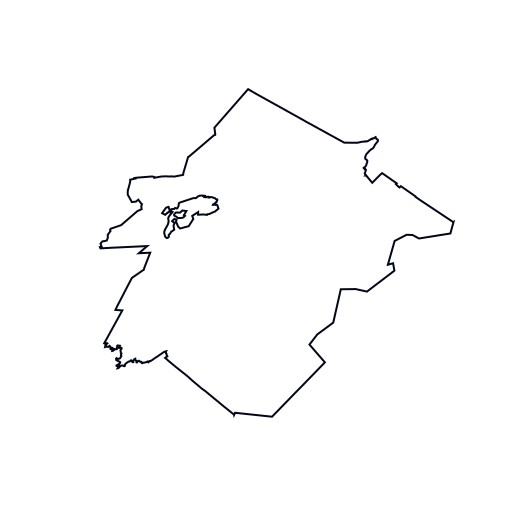 Staiceles pag., Alojas, Latvia, rotated 143°
{"feature_id": "27541924B5115242509873", "entity_name": "Staiceles pag.", "entity_type": "district", "adm_level": 2, "iso_a3": "LVA", "parent_name": "Latvia", "parent_adm1": "Alojas", "projection": "equal_earth", "projection_center": [24.767, 57.89], "detail": "fine", "context": "isolated", "style": "outline", "palette": "ink", "viewbox_px": 512, "rotation_deg": 143, "n_neighbors": 0, "source": "geoboundaries", "source_scale": "gbopen_adm2", "svg_char_len": 6024}
<svg xmlns="http://www.w3.org/2000/svg" viewBox="0 0 512 512"><g transform="rotate(143 256 256)"><path d="M161.9,394.0L212.0,383.5L215.4,377.5L215.7,377.3L216.3,377.7L216.9,377.7L245.1,376.0L250.7,375.7L250.8,375.8L264.1,366.0L265.2,364.8L265.3,364.8L265.4,364.7L265.7,364.7L265.9,364.9L273.5,368.6L275.4,370.3L277.7,371.9L279.8,373.7L283.5,376.3L290.0,379.6L289.5,380.0L290.4,381.3L291.5,382.3L304.4,390.5L305.9,391.3L305.9,390.5L310.6,392.7L311.9,390.9L315.3,388.2L318.3,385.9L318.5,385.9L320.6,383.5L321.6,381.9L321.7,380.6L322.7,373.8L319.2,371.7L316.1,371.8L316.1,366.3L315.9,366.0L317.8,364.7L317.9,364.4L319.2,362.2L323.1,363.1L324.4,363.2L345.2,361.8L355.5,365.2L356.8,364.8L357.2,363.5L361.6,362.2L363.3,359.8L365.8,358.2L367.2,358.7L369.8,360.1L372.7,359.5L373.6,356.5L375.3,357.1L375.6,355.7L365.2,348.7L336.9,329.4L347.9,328.7L338.5,322.3L352.6,313.6L352.8,313.4L353.8,312.6L368.3,313.2L375.9,309.6L393.4,301.2L396.6,299.7L400.7,297.5L395.5,293.0L429.8,277.6L429.2,276.6L427.7,276.3L427.3,276.0L427.3,275.6L428.7,275.7L429.4,275.7L430.1,275.2L429.8,274.8L429.7,274.7L429.9,274.5L430.6,274.3L431.0,274.3L431.3,274.1L430.9,273.9L429.9,273.6L428.7,272.3L428.2,272.2L427.1,272.4L426.9,271.5L427.0,270.7L426.9,269.9L427.0,269.7L427.4,269.5L427.9,269.8L428.1,269.6L428.2,269.4L428.1,269.0L427.8,268.8L427.5,268.8L426.7,269.1L426.1,269.2L425.9,269.0L426.0,268.6L426.7,268.3L426.7,268.1L426.2,267.7L425.5,267.3L425.6,267.1L426.2,266.9L427.5,266.9L427.8,266.9L428.0,266.7L427.4,266.4L426.2,266.3L425.3,266.5L424.7,266.5L423.8,265.7L423.4,265.7L423.2,265.5L422.2,266.7L421.9,266.8L421.3,267.3L420.7,267.9L420.2,267.8L419.7,267.0L419.5,266.9L418.7,266.4L418.6,266.2L420.2,265.4L420.7,265.0L418.9,263.8L418.7,263.5L418.7,263.3L419.3,262.8L420.3,262.6L421.1,262.2L421.6,260.9L422.3,260.0L422.3,259.6L422.1,259.1L423.4,258.3L423.8,257.8L423.7,257.2L425.6,256.3L426.3,256.2L426.9,256.3L427.6,256.5L428.9,258.1L428.9,258.3L429.5,258.2L430.1,257.3L430.2,256.9L429.2,254.8L428.4,253.4L428.4,253.1L428.6,253.1L428.6,252.7L428.9,252.4L429.9,252.2L430.9,252.2L433.2,252.6L433.5,252.3L433.3,251.8L431.4,251.1L430.9,250.7L431.1,250.3L433.9,249.7L434.1,249.6L433.7,249.4L432.9,249.3L431.5,249.6L430.4,249.6L429.2,249.4L428.8,249.2L428.4,248.8L428.2,248.2L427.9,247.7L427.3,247.1L427.0,247.1L426.7,247.2L426.6,247.4L426.5,247.9L426.3,248.1L425.4,248.4L423.7,248.5L421.4,248.4L420.3,247.7L418.9,248.0L418.4,247.7L418.5,245.9L418.4,245.4L417.8,245.1L417.6,245.2L416.8,246.4L415.2,246.8L414.3,246.6L414.8,245.9L414.9,245.3L414.5,244.3L415.0,243.7L415.4,243.2L415.5,243.0L415.3,242.7L412.9,243.0L412.5,242.8L412.1,241.1L411.3,240.6L411.2,240.4L411.6,239.7L411.6,239.0L411.5,238.9L410.2,238.6L408.3,237.5L406.1,237.0L405.9,236.9L405.9,236.7L406.2,236.2L406.1,235.9L405.3,235.9L404.7,236.1L404.2,236.2L403.7,235.9L403.6,235.6L401.9,235.4L397.8,235.3L395.4,235.1L388.0,234.8L385.9,234.4L385.1,234.0L385.3,233.9L386.2,233.0L386.4,232.5L386.3,231.8L386.6,231.4L387.0,230.7L387.1,229.3L389.9,229.3L389.3,226.9L389.2,225.8L387.0,216.5L384.7,207.5L383.2,201.8L381.9,195.1L379.0,182.3L378.0,179.4L372.3,155.5L369.0,142.5L369.1,142.3L367.1,143.4L339.9,118.0L308.4,122.9L293.7,125.1L265.0,129.6L266.6,153.1L254.2,156.5L234.4,156.3L208.3,178.4L196.3,169.6L188.8,160.8L154.3,161.0L150.9,167.7L155.9,169.7L136.2,184.6L122.9,182.3L118.3,178.5L115.3,171.9L87.2,157.0L77.9,164.2L78.0,164.2L91.2,201.7L93.0,207.2L92.7,207.5L98.3,224.6L100.1,224.3L100.6,225.9L101.0,229.3L99.9,229.4L105.4,246.3L108.9,246.0L119.1,244.5L119.5,252.4L119.6,253.6L119.8,253.9L120.1,254.2L119.5,254.2L119.6,256.3L119.5,256.5L116.8,258.2L116.3,258.8L116.4,259.2L116.9,259.7L116.4,260.3L116.5,260.5L117.1,261.1L117.0,261.6L114.8,261.6L113.6,262.0L110.3,264.4L109.8,265.1L109.7,266.5L110.2,267.2L110.2,267.8L109.8,268.7L108.7,269.7L107.4,270.5L106.5,270.9L102.2,271.7L100.3,271.9L98.0,271.6L96.7,271.9L94.3,273.1L92.3,273.7L89.9,274.2L89.1,274.8L88.8,275.3L88.8,276.0L89.3,276.6L89.3,277.6L88.9,279.0L89.5,279.1L89.9,279.1L90.2,279.2L91.0,279.1L91.6,279.4L92.0,279.4L92.2,279.7L92.4,279.8L93.0,279.6L93.2,280.1L93.4,280.1L94.1,280.2L94.7,280.1L95.3,280.3L97.2,280.4L99.2,281.1L99.4,281.7L100.3,282.1L100.6,282.1L102.1,283.2L107.0,285.5L117.3,293.4L135.3,333.4L136.4,336.0L143.3,351.6L157.3,383.1L161.0,391.7L160.9,391.7L161.9,394.0ZM290.6,341.5L289.9,341.5L287.6,342.7L285.8,344.6L284.6,344.5L271.7,340.1L270.9,339.7L270.1,339.2L269.3,338.4L267.1,338.5L265.8,338.4L264.6,338.0L262.9,336.9L261.4,335.6L261.7,335.5L260.7,334.7L261.7,334.1L261.3,333.8L260.9,333.3L260.7,333.3L260.6,333.0L260.1,332.9L259.9,332.9L258.8,332.3L258.1,331.7L257.7,331.2L258.1,331.0L257.9,330.9L257.9,330.7L256.4,330.1L255.8,329.5L254.9,328.1L254.1,327.0L253.9,326.6L253.8,325.5L253.6,325.2L253.0,324.7L252.9,324.4L253.1,324.1L253.4,323.9L253.6,323.7L254.3,323.4L254.5,323.2L255.0,322.9L255.3,323.0L255.7,322.8L255.9,323.0L257.5,322.7L259.2,323.0L259.6,322.8L256.3,320.3L256.4,319.5L257.5,316.4L262.1,316.2L264.1,316.8L267.9,317.6L269.8,318.6L270.2,318.3L270.7,318.7L273.1,320.9L277.4,323.8L275.8,325.9L282.8,326.4L283.8,323.3L291.8,320.3L300.0,323.6L300.5,326.4L299.1,331.7L297.6,332.8L298.9,334.7L302.0,334.3L301.4,331.7L300.7,331.5L303.2,330.2L303.5,329.9L304.6,328.1L305.5,326.2L309.3,326.4L311.2,325.5L312.0,325.5L313.1,325.3L313.3,325.1L313.6,324.3L314.2,323.8L314.5,323.7L315.5,323.6L316.1,323.8L316.5,324.2L316.9,325.9L316.8,326.5L316.3,327.5L315.6,329.4L314.6,330.6L312.7,331.9L308.0,333.9L306.7,334.7L304.9,336.3L303.6,338.7L302.8,339.5L301.4,340.1L296.1,341.4L296.5,342.5L297.9,342.4L297.0,343.9L300.9,343.6L301.0,343.9L303.7,343.5L305.2,346.7L298.8,348.7L296.3,347.9L297.2,345.2L296.4,344.5L294.5,343.9L293.0,342.8L291.7,343.1L290.6,341.5ZM287.5,336.7L290.2,336.3L291.3,336.9L293.3,338.6L294.1,338.9L294.2,339.0L296.2,338.5L296.8,338.1L296.9,337.5L296.9,337.2L296.7,336.6L296.3,336.1L295.9,335.1L295.7,333.8L295.3,333.1L294.7,332.7L292.9,331.4L292.2,331.0L291.2,330.6L290.6,330.5L289.3,330.8L288.6,330.8L289.0,332.0L284.5,333.8L287.5,336.7Z" fill="none" stroke="#020617" stroke-width="2"/></g></svg>